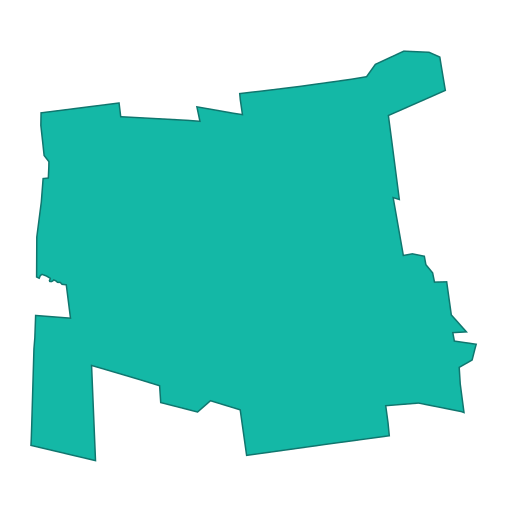 Hartford, Connecticut, United States of America, rotated 271°
{"feature_id": "52423323B68232654856936", "entity_name": "Hartford", "entity_type": "district", "adm_level": 2, "iso_a3": "USA", "parent_name": "United States of America", "parent_adm1": "Connecticut", "projection": "albers", "projection_center": [-72.721, 41.792], "detail": "fine", "context": "isolated", "style": "filled", "palette": "teal", "viewbox_px": 512, "rotation_deg": 271, "n_neighbors": 0, "source": "geoboundaries", "source_scale": "gbopen_adm2", "svg_char_len": 1274}
<svg xmlns="http://www.w3.org/2000/svg" viewBox="0 0 512 512"><g transform="rotate(271 256 256)"><path d="M395.4,38.6L382.8,38.6L366.4,40.7L352.8,42.4L346.7,47.3L341.5,47.3L330.4,47.0L330.3,46.9L329.7,41.8L306.2,40.4L271.1,36.5L231.2,37.0L230.0,39.6L232.7,40.7L233.9,42.4L232.4,46.7L230.1,50.7L229.6,50.8L228.0,49.9L227.0,50.2L226.8,51.7L227.5,53.2L228.6,54.2L227.6,56.4L226.2,58.0L226.2,60.7L224.3,62.6L223.9,66.8L218.5,67.6L190.6,71.6L192.7,36.7L170.4,36.3L159.4,35.6L82.5,34.7L68.8,34.5L62.7,34.3L48.6,99.1L143.7,93.5L131.0,139.6L124.6,161.9L107.8,163.3L99.0,200.3L110.5,213.0L101.9,242.9L56.5,250.1L68.3,325.3L68.6,327.0L78.6,392.4L91.6,390.9L108.6,388.3L111.8,421.0L104.0,464.1L103.1,466.7L131.9,462.4L132.1,462.4L148.2,461.1L155.8,473.9L166.0,476.3L171.6,477.7L174.4,455.8L182.8,454.1L183.8,467.7L200.5,452.3L233.5,447.1L233.0,434.9L242.2,432.9L250.3,426.0L258.7,424.3L260.9,412.3L259.1,403.3L316.8,392.1L315.0,398.3L372.8,389.8L398.8,385.9L424.9,442.4L450.3,437.7L458.1,436.3L462.7,425.5L463.4,400.2L449.7,372.0L437.2,363.4L434.4,348.3L429.0,313.8L426.4,297.4L420.7,256.7L419.9,250.1L418.1,236.9L411.8,237.6L397.1,240.0L398.4,230.4L404.1,194.3L389.7,197.6L390.4,186.0L392.9,118.3L406.6,116.4L395.4,38.6Z" fill="#14b8a6" stroke="#0f766e" stroke-width="1.5"/></g></svg>